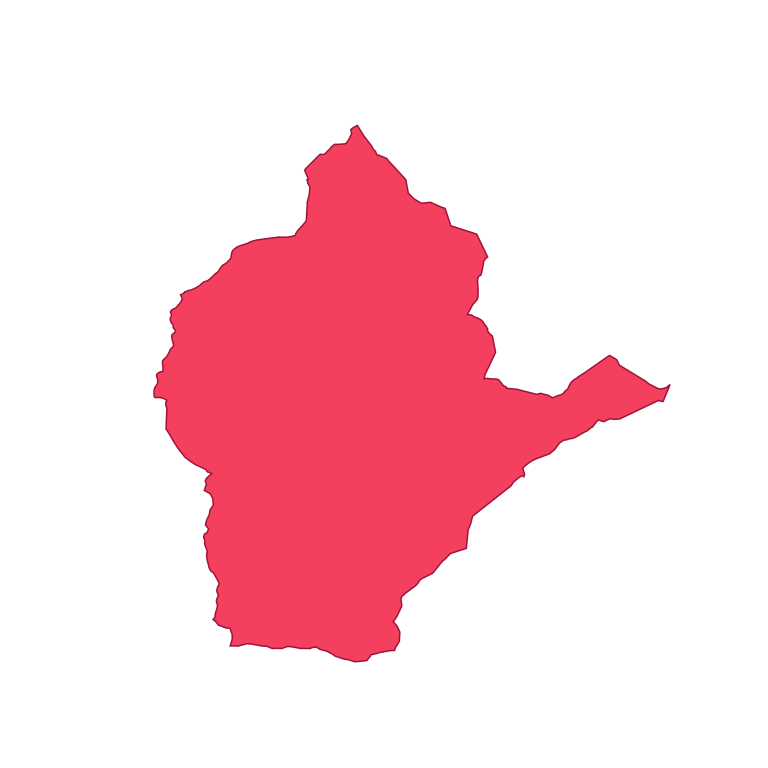 outline of Vatra Dornei, Suceava, Romania, rotated 154°
{"feature_id": "2599482B21734903931451", "entity_name": "Vatra Dornei", "entity_type": "district", "adm_level": 2, "iso_a3": "ROU", "parent_name": "Romania", "parent_adm1": "Suceava", "projection": "equal_earth", "projection_center": [25.347, 47.363], "detail": "fine", "context": "isolated", "style": "filled", "palette": "rose", "viewbox_px": 768, "rotation_deg": 154, "n_neighbors": 0, "source": "geoboundaries", "source_scale": "gbopen_adm2", "svg_char_len": 6147}
<svg xmlns="http://www.w3.org/2000/svg" viewBox="0 0 768 768"><g transform="rotate(154 384 384)"><path d="M532.8,545.7L534.7,545.0L535.2,544.7L536.8,544.0L537.8,543.7L539.9,543.7L541.3,543.7L542.2,543.6L543.4,543.2L544.1,542.7L544.6,541.8L544.6,541.1L544.5,540.6L544.5,539.5L544.8,539.0L547.0,537.1L547.7,536.1L548.2,534.4L548.3,532.8L548.2,531.6L547.7,530.3L547.6,529.7L547.9,528.7L548.6,527.7L548.8,527.3L548.6,526.4L548.2,524.6L548.1,523.8L548.2,523.1L548.5,522.7L549.6,522.0L551.0,521.8L551.9,521.5L552.9,521.2L553.6,520.5L554.1,519.5L554.6,517.7L555.3,515.1L555.8,512.3L556.2,511.0L556.6,510.4L557.7,509.9L560.0,509.2L561.5,508.2L563.2,506.7L564.6,505.7L567.0,504.1L568.8,503.3L571.0,502.7L572.2,502.3L572.9,501.7L573.8,500.3L574.5,498.3L575.8,494.7L576.8,493.1L577.4,492.3L579.2,492.8L580.9,493.0L582.4,492.8L584.2,492.2L585.0,490.6L585.4,487.8L586.2,485.4L587.2,483.9L589.3,482.5L591.5,481.2L593.3,479.4L594.7,476.7L595.9,473.6L596.0,472.6L595.2,471.8L593.2,471.1L590.2,469.3L588.5,467.7L587.6,466.6L586.7,465.1L586.5,464.3L587.5,463.8L588.5,462.6L589.7,459.7L589.5,457.9L599.6,439.2L598.7,431.2L598.2,423.4L597.3,416.3L595.0,405.5L592.0,399.6L589.1,394.6L581.6,385.2L581.4,382.6L578.0,379.1L584.5,377.2L585.8,376.4L587.1,375.4L587.6,371.8L588.1,370.9L589.4,370.2L590.8,368.3L592.2,367.2L588.5,361.9L588.2,360.4L588.1,356.4L589.0,353.8L590.4,350.0L595.8,346.9L597.6,344.1L599.3,342.3L600.4,341.6L603.5,339.0L606.3,335.6L605.2,330.6L608.3,328.0L611.1,327.8L613.2,325.7L613.8,321.3L615.4,318.9L616.1,311.6L618.9,307.1L620.5,301.7L621.1,298.1L621.8,295.4L621.7,291.9L620.0,288.9L619.8,284.8L619.6,282.5L619.5,279.5L619.7,276.4L622.6,274.4L625.1,271.4L625.6,266.5L629.3,263.3L630.5,260.4L630.4,258.5L632.0,256.2L633.5,254.4L635.0,253.1L637.2,250.2L638.3,248.3L640.9,247.3L639.2,243.5L638.5,239.9L632.6,233.6L629.5,232.2L630.3,225.4L632.2,221.3L637.1,215.9L632.7,213.9L630.6,212.6L626.6,211.8L620.7,210.5L616.6,208.0L612.5,205.0L608.3,201.8L604.3,199.7L601.5,196.4L599.5,194.7L596.5,193.6L592.1,191.2L585.6,190.3L583.9,189.3L580.4,187.0L577.5,184.8L575.3,183.1L572.9,181.9L567.1,179.0L566.2,178.5L564.3,178.7L561.2,177.6L559.9,177.0L558.8,174.9L557.3,173.0L552.6,169.0L548.3,163.1L547.6,161.2L539.5,153.4L538.1,152.9L532.2,147.3L528.7,145.8L520.7,143.0L515.6,145.3L514.5,146.4L508.5,144.9L505.8,144.7L502.4,143.5L500.5,143.3L499.4,142.7L498.8,142.7L494.7,141.4L492.4,140.3L491.3,139.9L489.3,142.0L485.5,144.2L482.8,146.3L478.5,154.1L478.4,158.2L478.5,161.2L479.4,164.5L479.9,166.3L474.6,169.2L465.4,176.6L464.6,178.5L463.6,181.6L463.5,182.2L462.7,183.9L461.3,185.0L460.2,185.5L459.0,185.7L457.8,186.1L456.3,186.6L453.7,187.1L444.5,188.7L440.8,190.1L438.0,191.9L435.4,192.5L423.1,192.6L411.3,198.2L408.7,199.2L406.4,199.7L401.1,201.6L398.6,202.5L382.0,200.2L372.5,215.7L367.4,220.4L362.3,226.4L314.5,236.8L312.3,238.1L310.7,239.0L307.7,239.8L306.0,240.2L302.9,240.9L300.7,240.9L298.8,240.5L298.8,239.5L298.5,239.8L297.2,241.3L296.3,246.8L296.4,247.2L293.9,248.4L287.5,249.8L283.9,250.1L280.5,250.1L265.9,248.7L259.3,250.3L253.6,253.3L251.7,254.1L247.5,254.7L243.0,253.5L241.9,253.7L239.1,252.6L235.8,252.2L226.8,252.8L224.8,252.9L222.2,252.8L217.1,254.0L215.5,253.9L208.1,257.6L205.9,256.8L204.2,254.8L202.7,253.7L201.9,253.7L199.6,253.9L196.7,253.6L195.4,253.5L194.4,252.5L193.4,252.0L192.2,251.1L187.6,249.3L166.2,249.1L144.7,248.9L140.9,245.9L139.1,247.5L127.1,258.1L131.7,257.0L136.4,257.8L139.2,259.1L145.7,267.7L147.8,272.1L164.2,297.7L164.2,303.9L168.6,310.7L170.1,310.7L198.5,306.2L207.1,305.2L207.4,304.9L208.3,304.7L208.9,304.8L211.3,304.5L215.1,303.5L218.3,301.3L221.0,299.0L222.1,298.7L224.1,298.4L226.4,297.2L227.7,296.8L228.9,296.8L229.9,296.7L232.5,297.3L238.6,297.7L241.2,301.7L247.4,307.0L251.4,307.8L266.5,320.7L274.6,325.8L275.6,326.0L275.4,327.6L276.5,328.9L277.1,329.7L277.6,330.9L277.9,332.4L278.2,334.0L278.8,336.2L279.1,337.4L280.1,338.7L281.2,339.4L285.0,341.4L289.3,344.1L291.7,344.8L288.9,348.3L269.8,363.6L265.6,379.4L266.1,380.9L266.8,381.8L267.0,383.2L267.5,385.1L267.6,386.5L266.7,387.9L266.8,389.2L266.8,390.6L267.1,392.0L267.2,392.6L267.5,393.5L267.7,396.2L268.5,398.8L270.8,402.1L271.5,402.7L272.7,404.2L273.6,404.9L274.2,406.1L274.6,407.1L276.1,408.3L276.6,408.6L277.7,409.3L278.6,409.9L274.9,412.5L269.4,416.5L263.8,418.7L261.6,420.7L258.2,427.2L254.3,436.6L252.0,439.2L249.3,439.4L248.6,440.1L247.5,441.3L246.0,443.1L240.4,450.7L237.5,452.2L235.2,452.7L235.0,478.1L254.6,496.9L252.1,515.0L255.4,518.3L262.5,526.9L271.2,530.1L272.0,531.3L276.0,537.5L278.5,544.8L274.8,558.2L281.5,580.5L282.0,581.9L282.6,585.4L287.3,590.7L288.7,592.2L289.9,592.7L289.8,594.2L289.9,594.7L289.7,597.0L290.7,599.4L290.9,603.9L292.1,609.6L293.3,615.4L294.6,628.1L296.1,628.1L299.5,627.9L301.7,627.4L302.4,627.0L302.7,625.5L303.3,623.5L304.5,622.2L305.4,621.6L308.7,619.0L312.0,617.1L312.5,616.8L313.8,617.0L318.0,618.6L321.4,620.1L323.3,621.0L325.5,620.7L327.6,620.1L329.6,619.0L332.4,618.1L335.7,616.9L336.8,616.8L338.4,617.0L339.3,617.5L340.5,618.5L341.9,618.1L355.9,613.3L360.0,611.9L361.5,611.0L361.8,609.4L361.9,605.2L362.3,601.2L363.8,601.3L363.7,600.4L364.1,599.2L364.5,597.9L364.3,595.3L364.3,594.3L364.4,593.3L366.3,590.1L368.2,586.9L373.1,581.3L375.0,577.7L379.6,569.6L381.4,566.2L383.0,564.4L388.0,562.1L388.3,562.1L390.0,561.5L390.9,561.1L391.7,560.8L392.3,560.5L392.9,560.3L393.7,559.9L394.7,559.4L395.7,558.8L396.3,558.5L396.9,558.1L398.8,556.5L399.0,556.4L405.5,557.9L413.3,561.6L413.3,561.9L420.6,564.3L424.3,565.6L427.9,566.8L435.3,569.2L439.7,570.1L442.2,570.4L444.5,570.2L453.1,571.4L456.6,571.5L458.2,571.1L461.0,570.4L462.5,569.5L463.8,568.0L465.2,566.1L466.0,564.8L467.2,563.8L472.4,561.9L475.2,561.6L476.8,561.5L478.0,561.1L480.2,560.0L481.6,559.0L484.0,557.6L485.4,557.4L487.8,556.9L491.6,555.6L495.8,554.4L497.5,554.2L499.8,554.5L501.1,554.7L502.4,554.5L504.0,554.1L505.8,553.5L510.1,552.9L512.3,553.0L514.8,553.0L517.0,553.1L518.1,553.7L519.0,553.9L520.6,553.8L521.9,553.8L522.1,554.1L522.5,554.2L522.8,554.1L523.7,553.7L524.3,553.3L525.6,553.3L526.8,553.2L527.7,553.4L527.9,549.3L528.0,549.1L528.5,548.4L529.5,547.6L530.6,546.8L532.8,545.7Z" fill="#f43f5e" stroke="#9f1239" stroke-width="1.5"/></g></svg>